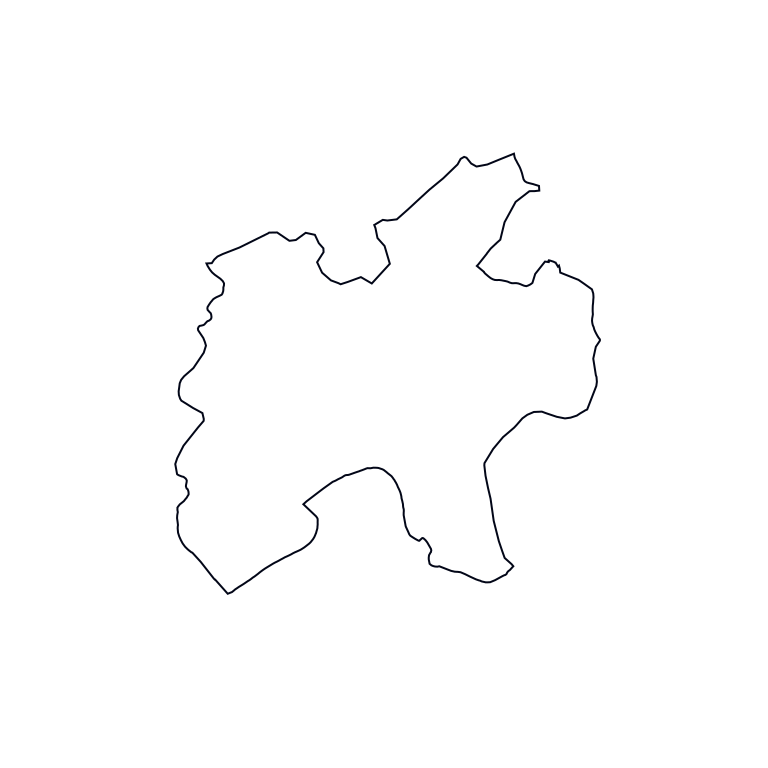 Mawiyah, Ta`izz, Yemen (orthographic projection), rotated 128°
{"feature_id": "15242507B40784737599464", "entity_name": "Mawiyah", "entity_type": "district", "adm_level": 2, "iso_a3": "YEM", "parent_name": "Yemen", "parent_adm1": "Ta`izz", "projection": "orthographic", "projection_center": [44.336, 13.613], "detail": "fine", "context": "isolated", "style": "outline", "palette": "ink", "viewbox_px": 768, "rotation_deg": 128, "n_neighbors": 0, "source": "geoboundaries", "source_scale": "gbopen_adm2", "svg_char_len": 6106}
<svg xmlns="http://www.w3.org/2000/svg" viewBox="0 0 768 768"><g transform="rotate(128 384 384)"><path d="M279.0,208.2L254.8,215.5L251.2,217.6L247.6,220.9L246.7,222.4L235.2,234.7L224.2,240.0L217.3,240.5L216.5,240.8L215.9,241.4L215.4,243.4L214.6,245.6L213.6,247.9L212.6,250.0L211.5,252.0L211.4,252.1L210.1,253.8L209.1,255.7L207.7,257.4L206.1,259.0L204.2,260.3L202.3,261.3L200.5,262.3L198.6,264.0L197.0,265.3L195.4,266.5L193.6,267.8L191.3,269.2L189.0,270.8L186.7,272.3L185.1,273.7L183.8,274.9L181.4,278.4L181.8,287.8L182.2,294.9L182.8,296.9L187.7,313.7L184.7,316.7L183.0,319.0L184.4,319.2L182.7,323.5L182.9,323.7L183.2,325.6L184.7,329.6L185.1,330.3L185.6,330.2L185.9,329.4L186.5,329.2L188.4,332.5L204.2,332.6L212.9,329.3L213.5,329.4L215.5,330.0L217.6,331.0L219.3,332.1L220.3,334.1L220.9,336.1L221.0,336.6L221.4,338.1L222.1,340.1L223.1,341.9L224.4,343.5L225.8,345.2L226.6,347.2L227.2,349.6L228.0,351.4L229.1,353.6L230.0,355.4L231.2,357.4L232.6,359.0L233.8,360.8L234.5,362.8L234.9,365.2L234.9,366.9L234.9,368.0L234.8,370.2L234.7,372.3L234.3,374.2L234.1,374.3L233.8,383.5L231.8,383.3L218.0,383.2L217.7,383.3L211.6,383.3L203.1,382.0L198.7,381.2L191.6,384.4L182.3,388.6L159.4,392.4L142.5,388.1L139.5,384.3L136.0,380.7L132.5,383.8L133.9,387.5L134.4,388.8L134.6,389.4L135.5,391.4L136.4,393.4L137.3,395.7L137.5,397.9L136.8,400.0L135.6,401.6L134.2,403.4L132.9,405.1L131.4,407.4L130.3,409.2L129.2,411.3L127.6,415.1L126.7,417.0L125.9,419.0L124.7,420.9L123.3,422.5L122.5,423.4L136.7,431.6L147.4,437.7L155.6,444.9L155.7,445.1L156.6,451.0L154.9,458.3L155.7,460.7L159.4,462.2L165.7,461.2L185.6,464.0L202.7,467.8L215.2,469.9L231.2,472.5L246.4,475.3L253.1,482.0L255.4,486.0L264.7,489.6L266.4,486.7L273.0,479.0L274.9,468.5L285.7,453.4L286.8,453.5L312.3,455.5L314.0,468.0L325.9,475.4L332.1,479.6L332.6,482.0L335.0,489.6L334.4,501.3L329.2,511.7L317.3,512.8L314.4,515.3L313.2,522.0L309.0,530.3L313.1,538.8L324.8,542.1L329.3,546.6L329.4,546.8L330.4,561.5L335.4,567.7L336.7,568.1L365.4,581.9L380.9,591.1L386.1,593.7L390.5,594.4L394.8,594.1L398.3,598.1L399.6,595.6L401.1,591.5L401.9,588.1L402.1,584.6L401.8,577.7L402.2,574.3L403.2,572.0L404.9,570.8L406.7,570.1L408.8,568.5L410.4,567.6L411.4,567.4L412.1,567.0L413.6,566.9L415.8,567.9L418.8,569.5L421.1,570.4L422.5,570.8L424.3,570.8L426.4,570.9L429.5,570.7L432.0,570.4L433.2,569.7L434.2,568.6L434.5,567.0L434.8,565.1L434.9,564.1L435.8,562.8L437.4,561.2L438.5,560.6L439.7,560.4L441.0,560.7L442.0,561.0L443.2,561.8L444.7,562.0L447.8,562.2L448.9,562.7L450.2,563.7L451.8,565.1L453.4,565.2L455.0,564.7L456.1,563.5L459.0,554.7L461.3,550.8L463.4,547.9L470.3,545.3L488.8,544.0L501.0,546.3L505.6,546.4L509.2,545.4L512.4,543.5L516.2,541.3L518.9,538.9L521.1,535.6L521.9,533.4L520.5,520.1L520.5,519.9L518.7,509.2L522.5,504.5L524.1,503.4L532.7,503.8L556.0,504.0L569.7,501.3L575.6,499.2L582.4,491.6L582.5,491.2L582.3,489.7L581.7,487.6L581.3,486.3L580.6,484.8L580.6,482.0L581.1,480.7L581.5,480.0L582.7,479.2L585.7,477.7L586.7,477.0L587.9,475.1L587.8,474.0L588.5,472.8L589.4,471.6L591.1,470.1L592.2,469.8L593.1,469.8L595.0,469.5L597.0,469.6L599.5,469.6L601.7,470.1L604.6,470.8L606.4,470.8L607.6,470.8L608.8,470.6L609.7,469.7L610.3,469.4L611.1,468.5L611.9,467.6L613.3,466.9L614.8,466.1L617.1,464.5L619.6,461.9L622.0,459.5L623.4,458.7L624.8,457.7L628.0,454.7L630.2,451.5L632.1,447.9L633.6,444.5L634.7,440.6L635.1,437.2L635.2,435.5L635.2,434.3L635.2,432.1L634.9,431.2L637.0,418.9L642.1,398.3L642.3,396.8L642.3,396.6L642.1,396.5L645.5,378.0L643.4,376.8L641.6,375.7L639.5,375.2L637.4,374.8L635.4,374.1L633.4,373.5L629.4,372.0L627.4,371.3L625.2,370.6L623.3,370.0L621.5,369.3L619.4,368.7L617.3,368.2L615.3,367.5L611.1,366.4L609.2,366.0L606.9,365.4L604.8,364.8L602.6,364.1L600.7,363.4L598.6,362.6L593.8,360.8L591.7,359.9L589.9,359.0L587.9,358.1L585.7,357.2L583.7,356.3L581.5,355.4L579.3,354.2L577.3,353.2L575.4,352.3L573.4,351.5L571.5,350.6L569.7,349.6L567.8,348.6L566.0,347.7L564.1,347.0L562.1,346.3L559.9,345.7L557.9,345.2L555.9,344.7L553.8,344.4L551.8,344.4L549.8,344.4L547.4,344.7L545.4,345.2L544.1,345.6L543.5,345.7L541.6,346.5L539.6,347.3L538.5,347.8L537.7,348.4L536.6,349.1L535.5,349.8L533.8,351.2L532.7,352.0L531.8,352.7L530.9,353.6L530.4,355.0L530.1,356.0L528.4,373.5L524.2,372.8L507.7,368.5L503.2,367.3L494.1,364.6L492.7,364.2L491.3,363.4L490.0,362.7L488.6,362.1L487.4,361.6L485.8,360.8L484.4,360.1L483.1,359.5L481.7,359.1L480.3,358.6L479.1,357.8L477.9,356.4L476.8,355.5L475.5,354.7L473.8,353.6L472.2,352.6L469.6,350.9L468.3,350.0L466.9,349.2L465.7,348.4L462.9,346.7L461.8,346.1L460.6,345.3L460.4,345.1L458.9,343.0L458.1,342.2L457.1,341.4L456.2,340.5L455.6,339.6L454.9,338.7L454.2,337.7L453.5,336.5L452.7,334.2L452.2,332.8L451.9,331.3L451.9,327.5L452.0,326.4L452.0,321.4L452.3,320.2L452.6,319.0L453.0,317.9L453.3,316.6L453.9,315.3L454.3,314.1L454.8,313.0L455.4,311.7L456.7,309.5L457.2,308.4L457.7,307.4L458.3,306.2L459.0,305.0L459.6,304.0L461.4,301.7L462.3,300.7L463.1,300.0L464.1,298.7L465.0,297.5L466.1,296.2L466.9,295.2L468.9,293.4L469.7,292.5L470.5,291.4L471.4,290.6L472.3,289.9L473.1,289.4L475.2,287.8L476.8,286.0L482.6,279.5L483.0,278.9L485.8,273.5L486.8,271.7L487.3,270.2L487.3,269.0L487.1,266.7L486.8,263.8L486.2,260.3L485.7,259.6L485.0,259.6L481.8,259.0L481.6,258.6L481.3,258.0L481.5,255.2L482.2,252.4L485.0,245.5L486.0,244.3L487.7,243.5L488.0,243.6L491.2,243.1L493.5,241.7L494.9,240.5L496.6,238.5L497.6,237.4L497.7,235.0L497.2,233.2L496.4,231.4L495.1,229.5L493.6,228.2L491.1,219.9L489.9,216.0L488.3,212.6L486.6,210.2L485.2,207.8L483.9,202.9L482.9,198.0L481.3,191.2L480.2,188.0L479.9,187.5L479.4,185.4L477.6,181.6L475.7,179.3L474.8,178.3L470.2,175.7L462.3,172.3L460.5,171.4L459.9,170.9L459.0,170.6L458.1,170.5L457.1,170.8L456.1,170.9L454.8,170.8L453.2,170.3L448.0,169.9L447.4,172.6L446.8,181.8L443.0,187.8L437.1,196.8L424.3,213.3L408.8,229.4L401.9,238.0L393.8,247.5L386.3,254.9L384.5,256.1L368.0,258.0L361.7,257.8L352.6,257.5L338.3,254.6L335.1,254.3L325.9,253.8L320.0,252.1L313.8,248.7L308.6,242.6L307.4,238.8L306.5,236.2L303.6,228.0L303.5,227.7L299.7,220.2L295.7,216.3L290.2,212.6L286.3,211.3L281.8,209.5L281.1,209.3L279.0,208.2Z" fill="none" stroke="#020617" stroke-width="2"/></g></svg>